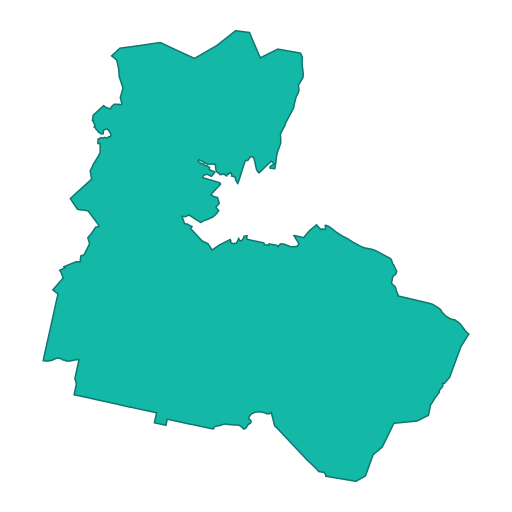 the district of Valkas pag., Valkas, Latvia
{"feature_id": "27541924B2692398092929", "entity_name": "Valkas pag.", "entity_type": "district", "adm_level": 2, "iso_a3": "LVA", "parent_name": "Latvia", "parent_adm1": "Valkas", "projection": "orthographic", "projection_center": [26.01, 57.752], "detail": "fine", "context": "isolated", "style": "filled", "palette": "teal", "viewbox_px": 512, "rotation_deg": 0, "n_neighbors": 0, "source": "geoboundaries", "source_scale": "gbopen_adm2", "svg_char_len": 5947}
<svg xmlns="http://www.w3.org/2000/svg" viewBox="0 0 512 512"><path d="M76.4,383.9L74.1,394.8L89.3,398.0L96.1,399.6L116.3,404.0L130.5,407.3L131.3,407.2L133.9,407.9L156.6,412.8L154.4,422.8L166.0,425.3L167.2,419.2L174.7,420.8L189.8,424.2L190.7,424.2L213.2,429.0L213.5,429.0L213.9,427.6L214.5,426.9L215.6,426.3L219.7,425.6L223.6,424.3L225.0,424.0L226.6,424.3L235.1,425.0L238.5,425.1L239.5,425.5L242.0,427.2L243.1,428.6L243.8,429.0L244.6,428.9L245.4,428.4L246.3,427.6L247.7,425.1L248.4,424.4L250.2,423.3L250.9,422.7L251.1,421.4L250.7,420.4L248.8,418.8L248.8,417.7L249.4,416.4L251.4,413.9L254.1,412.6L256.0,412.1L257.9,411.9L259.6,411.8L264.2,412.6L267.1,413.9L268.9,413.8L270.1,413.4L271.2,412.5L271.2,413.1L271.5,413.4L274.7,426.0L276.9,427.9L301.4,453.9L307.1,460.0L315.7,468.1L318.8,471.3L318.7,471.5L324.4,472.5L325.8,475.2L325.8,476.3L356.0,481.3L365.5,475.9L373.2,454.5L373.4,454.5L382.3,447.0L393.9,423.3L417.2,421.0L428.4,415.3L428.8,413.7L429.3,411.2L430.6,404.5L431.0,404.4L435.2,397.7L439.3,392.2L439.2,391.8L439.2,391.3L439.2,390.9L439.6,390.1L441.8,387.5L442.6,386.4L442.8,385.8L442.8,384.9L442.8,384.3L442.5,383.6L443.0,383.3L444.4,383.4L449.6,377.4L460.9,346.6L468.8,334.1L466.4,332.1L460.6,324.5L459.8,323.6L458.6,322.5L454.4,319.6L452.9,319.6L450.7,318.9L448.3,317.6L446.6,316.5L445.0,315.2L442.6,312.8L442.0,312.1L440.7,309.8L439.9,309.0L438.4,307.9L432.7,304.4L431.5,303.9L428.9,303.2L398.0,295.9L398.1,294.6L397.2,292.9L396.7,291.8L396.2,290.3L395.9,288.6L395.3,287.0L394.7,286.2L392.5,284.5L392.2,284.1L391.7,283.1L391.6,282.4L391.6,281.9L392.2,280.1L392.4,278.3L392.6,277.5L393.1,276.4L393.5,275.7L395.2,274.6L395.8,274.0L396.1,273.4L396.5,272.2L396.6,271.7L396.6,271.0L396.5,270.8L396.2,270.0L395.1,268.1L393.9,265.3L393.3,264.6L392.6,263.6L391.5,259.9L391.0,259.2L390.4,258.5L375.3,250.5L373.5,249.8L371.5,249.2L363.8,247.7L359.9,246.0L357.2,244.4L353.6,242.6L347.3,238.5L342.8,236.3L336.2,232.1L330.8,227.8L328.9,226.5L325.6,225.2L325.0,225.9L325.9,226.4L324.9,229.6L322.2,228.8L321.1,229.9L316.5,224.8L309.6,230.5L303.6,237.6L294.0,235.4L293.9,235.5L299.0,243.9L297.4,245.9L296.5,246.5L291.1,246.9L283.8,244.0L280.5,243.9L277.8,246.7L277.2,245.7L276.8,245.3L269.0,243.9L268.9,245.1L264.4,244.8L263.9,242.9L248.4,239.6L246.8,239.1L246.9,236.0L247.0,235.8L244.0,236.2L243.6,238.2L241.5,240.7L239.9,240.8L238.7,238.5L236.4,243.3L232.2,243.5L230.7,242.5L230.2,241.9L230.9,241.1L230.2,239.5L219.6,244.9L212.1,250.0L207.9,243.6L203.0,241.4L203.0,241.2L202.4,241.2L197.7,236.2L192.6,230.6L190.6,228.6L192.0,226.5L190.9,226.1L187.5,224.1L184.6,223.7L182.0,216.3L185.1,216.7L186.8,216.1L188.9,214.9L195.7,219.4L195.9,219.4L200.7,222.5L203.1,221.1L205.1,220.1L206.2,220.0L212.4,217.3L214.5,215.6L216.4,213.8L218.8,210.5L216.8,208.6L216.0,207.0L219.3,203.3L217.5,197.5L213.8,196.5L211.0,194.8L211.9,193.3L212.7,192.6L220.4,184.4L220.3,183.3L219.2,182.6L208.8,179.4L208.3,179.4L206.0,178.6L202.5,177.7L203.2,176.0L203.6,175.4L205.5,174.7L207.2,174.3L211.4,176.4L214.8,172.4L213.7,171.3L210.9,170.5L209.4,169.5L209.5,167.4L208.5,166.9L207.0,165.8L205.9,165.7L204.5,165.2L204.3,164.8L203.4,164.0L202.7,163.8L201.4,163.8L200.0,162.7L199.5,162.6L198.1,161.3L199.2,159.6L200.4,160.5L202.1,161.2L203.1,162.0L203.8,162.2L205.7,163.3L207.9,164.3L209.3,164.1L215.2,164.2L216.1,171.1L217.9,172.9L218.9,173.3L219.8,174.5L221.0,174.7L221.8,174.4L222.0,173.9L222.8,173.8L223.3,174.0L223.7,174.4L224.0,174.3L224.1,174.0L224.2,173.9L225.0,174.9L225.4,175.3L226.2,175.8L226.6,175.9L226.8,175.8L226.9,175.2L227.3,174.5L228.4,174.2L228.5,174.1L228.6,173.8L228.3,173.5L228.5,173.2L229.6,173.4L230.2,173.1L230.4,172.6L230.7,172.7L231.4,173.5L231.5,174.6L231.7,174.9L231.8,175.2L231.6,176.0L231.9,176.3L232.9,176.4L233.2,176.3L233.6,176.4L234.2,176.9L234.9,176.8L235.2,177.2L235.3,177.5L235.2,178.0L235.3,178.1L235.7,179.0L235.5,180.0L237.1,181.9L237.1,182.3L237.0,182.7L237.1,182.8L237.8,183.5L238.7,181.2L242.2,170.1L242.7,168.3L242.8,168.0L245.3,160.6L245.7,160.6L245.8,160.8L247.9,160.3L250.3,156.8L253.0,157.0L254.1,158.8L256.5,169.5L258.0,172.0L259.0,172.8L262.0,170.1L265.8,166.3L271.5,161.1L274.2,163.9L270.2,166.3L270.1,168.1L274.8,168.7L275.8,163.3L276.4,157.0L276.8,155.0L277.7,151.6L280.8,142.9L280.6,137.2L280.4,135.0L280.4,134.3L280.5,133.9L283.3,128.4L284.7,125.9L285.3,123.9L286.5,121.2L289.5,115.7L293.8,107.6L293.9,106.4L294.3,104.1L296.1,97.0L296.7,95.8L298.1,93.1L298.9,90.6L298.9,89.5L298.5,85.5L298.6,85.0L298.9,84.3L302.7,78.1L303.0,77.2L303.2,75.0L303.2,73.2L302.3,66.1L302.1,63.3L302.1,61.7L302.4,57.2L300.5,53.1L277.8,49.1L260.3,57.8L252.0,38.6L249.5,32.5L235.6,30.7L216.7,45.6L194.5,58.4L175.5,49.7L160.3,42.5L138.5,45.7L120.6,48.1L119.9,48.2L111.6,55.9L116.5,59.8L116.7,60.1L118.5,68.0L118.7,69.4L119.2,76.7L121.9,84.7L123.0,88.1L120.3,97.5L121.9,104.0L120.1,104.9L119.5,104.7L119.4,104.4L114.4,104.2L111.7,106.4L110.3,109.0L106.6,107.6L106.4,107.6L105.2,107.0L103.7,105.6L100.7,108.2L96.4,112.3L93.2,115.1L92.4,120.6L93.4,120.6L93.3,121.7L94.3,123.9L95.2,125.4L94.1,126.9L94.5,127.0L95.2,127.6L96.1,129.3L97.6,130.8L98.2,131.8L100.9,133.8L103.2,133.8L103.5,130.2L107.0,128.8L107.0,129.1L108.1,129.8L109.3,131.5L111.0,134.4L110.5,136.8L109.6,136.6L108.7,136.6L107.4,138.1L104.7,137.4L102.7,138.2L101.0,137.6L98.0,139.3L97.9,143.5L100.1,143.6L100.1,152.8L98.6,155.7L92.7,165.3L92.7,165.9L90.2,170.8L91.6,179.2L77.6,191.8L70.3,198.6L77.2,208.9L77.7,209.3L80.6,209.9L83.8,210.1L88.0,210.9L88.8,211.8L98.1,224.3L98.5,225.1L98.7,226.8L95.7,227.1L91.5,233.3L87.8,237.8L89.6,243.6L84.1,254.8L80.9,255.8L80.3,260.0L80.1,261.9L76.2,261.7L63.9,266.7L65.0,267.7L59.7,270.4L60.8,271.8L63.2,278.0L52.8,289.9L57.8,293.9L58.0,293.9L54.4,309.7L54.2,311.0L44.8,353.1L43.2,360.7L44.1,360.7L46.5,361.1L49.6,360.8L52.0,360.3L53.7,359.4L56.8,358.2L57.5,358.1L61.1,358.7L62.9,360.0L65.1,360.3L65.5,360.4L65.9,360.9L66.7,361.1L70.8,360.9L72.8,360.4L76.9,359.7L79.0,359.6L74.9,378.6L76.4,383.9Z" fill="#14b8a6" stroke="#0f766e" stroke-width="1.5"/></svg>